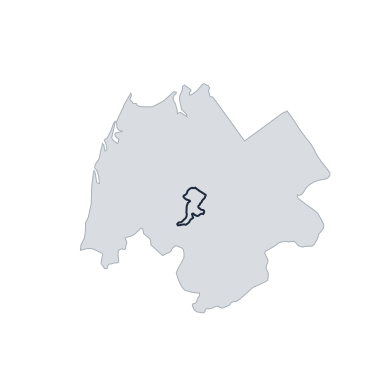 location of Offouè-Onoyè, Ogooué-Lolo, Gabon, rotated 54°
{"feature_id": "22940354B26580795617541", "entity_name": "Offouè-Onoyè", "entity_type": "district", "adm_level": 2, "iso_a3": "GAB", "parent_name": "Gabon", "parent_adm1": "Ogooué-Lolo", "projection": "albers", "projection_center": [11.91, -1.081], "detail": "fine", "context": "in_parent", "style": "outline", "palette": "slate", "viewbox_px": 384, "rotation_deg": 54, "n_neighbors": 0, "source": "geoboundaries", "source_scale": "gbopen_adm2", "svg_char_len": 5985}
<svg xmlns="http://www.w3.org/2000/svg" viewBox="0 0 384 384"><g transform="rotate(54 192 192)"><path d="M260.4,73.0L260.2,75.8L257.0,82.7L255.5,87.9L255.1,93.6L256.0,98.1L257.5,101.3L258.5,104.8L257.8,107.3L256.2,108.3L257.3,109.5L259.6,109.8L263.5,108.8L269.6,106.9L277.6,104.2L282.8,102.8L291.4,103.7L296.1,104.7L298.4,106.6L300.9,114.7L302.2,116.0L304.3,119.4L306.0,123.5L306.4,125.6L306.2,127.1L304.4,129.4L302.5,132.6L301.8,134.6L300.1,136.1L298.0,137.5L292.2,138.1L291.4,139.0L289.7,142.5L286.7,145.4L285.3,148.2L284.1,151.9L284.3,156.6L283.7,163.2L283.0,167.7L284.6,169.3L291.4,170.4L292.8,171.3L294.6,174.1L296.9,176.7L303.2,178.4L305.7,180.4L307.7,182.6L307.9,184.4L306.5,191.7L305.1,198.6L305.6,203.9L306.1,208.9L306.8,216.3L306.5,220.8L304.7,223.5L304.7,225.7L305.5,228.3L303.9,235.4L302.9,236.6L300.1,238.0L298.6,239.9L298.1,242.9L296.6,247.0L295.0,248.5L295.0,250.5L296.5,251.9L296.5,254.0L293.7,256.6L292.0,258.5L288.3,259.5L284.0,258.5L283.0,257.0L284.0,254.8L283.6,253.0L282.2,251.2L279.9,246.4L277.9,245.3L276.7,247.3L273.2,251.0L267.1,255.6L262.8,256.0L254.8,254.6L248.1,252.3L245.0,246.8L243.0,242.3L240.2,237.0L237.0,234.5L233.6,232.9L232.0,232.8L227.2,235.7L225.7,236.9L225.7,239.3L226.2,241.6L226.9,242.7L227.6,244.2L227.4,246.5L226.6,249.6L226.3,253.0L211.0,256.3L208.3,255.1L206.4,253.6L204.1,253.8L197.4,255.6L195.0,254.4L192.6,253.5L191.5,254.2L191.4,255.7L192.5,263.6L192.1,266.6L190.6,270.6L189.9,273.3L193.9,274.0L195.4,275.3L196.8,277.3L198.8,279.2L198.9,280.3L196.7,282.4L195.9,284.9L197.0,286.9L199.7,289.0L203.8,291.2L205.7,292.6L205.5,293.9L203.7,296.7L203.0,299.1L201.7,301.2L201.9,303.1L203.8,304.9L203.6,306.6L202.3,307.8L199.8,307.5L197.7,307.7L195.8,307.2L189.8,300.9L188.5,300.7L179.9,305.6L177.7,307.6L176.0,310.4L173.6,316.6L169.6,313.0L166.2,306.4L162.3,302.4L154.0,295.8L151.7,291.0L142.2,280.4L128.5,269.8L118.6,260.6L117.1,258.6L118.8,258.8L128.3,263.4L129.6,262.9L130.7,261.8L126.6,259.4L122.7,257.6L119.0,256.4L115.3,256.5L113.2,254.5L111.8,251.6L111.2,249.0L109.5,246.4L104.3,240.9L103.0,238.8L100.1,236.0L101.9,235.6L107.5,238.3L108.0,237.2L107.5,235.6L101.8,233.0L98.8,232.8L98.1,231.0L98.5,228.9L94.4,220.9L90.2,215.0L89.5,212.1L100.9,225.1L102.4,225.3L104.4,225.2L109.1,223.7L108.2,222.0L106.1,220.1L104.0,221.0L101.3,221.2L99.9,220.4L99.3,219.1L102.0,212.8L100.8,213.1L100.0,214.2L98.5,214.7L96.2,215.1L90.7,211.7L85.7,202.6L84.4,200.8L83.1,197.6L81.8,196.3L76.1,183.4L78.3,184.3L80.8,188.1L85.9,187.3L87.8,185.1L89.5,185.2L91.3,184.7L93.5,182.6L99.9,173.7L101.6,162.0L101.0,155.0L100.0,148.1L102.1,145.9L103.0,147.3L103.4,149.8L104.4,151.6L106.7,153.2L111.0,153.6L117.6,156.2L119.9,157.8L120.6,154.6L128.1,151.8L125.8,150.8L119.1,151.9L109.8,147.8L106.8,145.1L103.9,140.1L100.9,137.5L101.1,135.2L107.8,133.0L109.5,133.2L110.2,135.8L112.0,136.9L112.7,136.5L113.0,134.3L113.0,128.4L111.0,119.9L111.6,118.3L113.4,117.7L115.0,116.6L116.1,116.3L118.4,116.6L119.5,118.5L120.1,119.6L122.4,120.1L124.3,121.1L125.9,120.8L127.2,119.6L129.2,119.4L135.2,119.4L140.7,119.4L151.6,119.4L162.5,119.4L173.5,119.5L181.7,119.5L181.6,114.6L181.6,107.2L181.5,98.3L181.5,89.8L181.4,82.0L181.4,72.8L181.8,70.1L182.4,69.0L182.2,67.5L190.6,67.4L206.0,68.1L212.7,68.0L214.6,68.1L222.9,67.6L229.7,68.2L232.6,68.9L235.2,69.2L243.3,69.6L253.9,69.1L257.5,69.2L259.5,70.5L260.4,73.0Z" fill="#d9dde1" stroke="#a8b0b8" stroke-width="1"/><path d="M190.4,186.8L190.3,187.4L190.2,187.8L190.0,188.0L189.7,188.3L189.7,188.6L189.5,188.9L189.1,189.0L188.8,189.3L188.5,189.8L188.4,190.2L188.3,190.8L188.1,191.6L188.2,192.7L188.4,194.4L188.6,195.0L189.0,195.7L189.4,196.1L189.8,196.6L190.1,197.2L190.3,198.0L190.4,198.8L190.4,199.4L190.3,199.8L190.1,200.1L190.1,200.3L190.2,200.8L190.4,201.3L190.6,201.5L190.9,201.7L191.4,201.7L192.0,201.7L192.5,201.6L193.1,201.5L193.7,201.3L194.3,201.2L194.7,201.0L195.1,200.8L195.9,200.0L196.4,199.8L196.7,199.6L197.1,199.2L197.5,199.2L197.8,199.0L198.0,198.9L198.3,199.0L198.4,199.7L198.4,200.3L198.4,201.1L198.5,201.8L198.7,202.3L199.1,202.8L199.6,203.4L199.8,203.8L200.1,204.3L201.2,205.3L203.1,206.8L204.3,207.7L205.2,208.6L205.7,208.8L206.1,208.9L206.6,209.1L206.9,209.3L207.3,209.6L207.7,210.0L208.2,210.4L208.6,211.0L209.0,211.7L209.4,212.5L209.5,213.2L209.5,213.7L209.6,214.4L209.7,215.3L209.8,215.8L209.9,216.3L210.0,216.8L210.0,217.4L210.0,218.3L209.9,218.9L209.7,219.3L209.6,219.6L209.4,220.0L209.2,220.2L208.9,220.6L208.9,221.0L208.9,221.3L209.0,221.7L209.1,222.1L209.3,222.5L209.3,222.8L209.8,222.9L210.3,223.0L210.7,223.0L211.5,221.6L212.0,220.7L212.2,220.1L212.5,219.5L212.8,218.8L213.2,218.0L213.6,217.3L214.3,216.7L214.8,216.3L214.9,216.0L215.0,215.4L214.9,214.4L214.9,213.5L214.9,212.8L214.7,212.2L214.6,211.7L214.3,211.2L214.0,210.6L213.8,210.1L213.6,209.7L213.5,209.3L213.6,206.4L213.3,206.2L212.9,206.0L212.6,206.0L212.1,205.9L211.8,205.7L211.4,205.5L211.1,205.3L210.4,205.2L210.0,205.0L209.8,204.8L209.7,204.4L209.9,204.0L210.3,203.7L210.7,203.5L211.2,203.4L212.0,203.3L212.5,203.1L212.9,202.8L213.2,202.6L213.7,202.5L214.0,202.3L214.3,202.1L214.6,201.6L214.9,200.9L215.0,200.5L214.9,199.6L214.9,198.4L215.0,197.6L215.2,197.2L215.4,196.8L215.8,196.4L216.1,196.2L216.4,195.9L216.3,195.4L216.2,195.2L215.9,195.0L215.7,194.8L215.5,194.3L215.5,194.1L215.2,193.8L214.9,193.6L214.3,193.4L213.9,193.4L213.5,193.4L213.2,193.6L212.9,193.8L212.6,194.1L212.2,194.6L211.4,195.1L210.6,195.3L210.2,195.3L209.9,195.5L209.5,195.6L209.1,195.8L208.6,195.9L208.1,195.8L207.8,195.7L207.4,195.4L207.1,195.0L207.0,194.5L206.9,193.8L206.9,193.4L206.6,192.7L206.2,192.4L206.0,192.1L206.0,191.7L205.9,191.1L205.9,190.5L205.8,190.2L205.6,189.8L205.3,189.5L205.1,189.2L205.0,188.9L204.9,188.5L204.8,188.0L204.6,187.5L204.5,187.0L204.5,186.4L204.4,185.6L203.9,184.8L203.6,184.2L203.3,183.7L202.9,183.1L202.6,182.7L201.4,183.0L200.4,183.4L199.1,183.9L198.2,184.2L196.8,184.8L196.0,185.2L195.1,185.5L194.2,185.7L193.3,186.0L192.7,186.2L192.1,186.4L191.6,186.6L191.1,186.7L190.4,186.8Z" fill="none" stroke="#1e293b" stroke-width="2"/></g></svg>